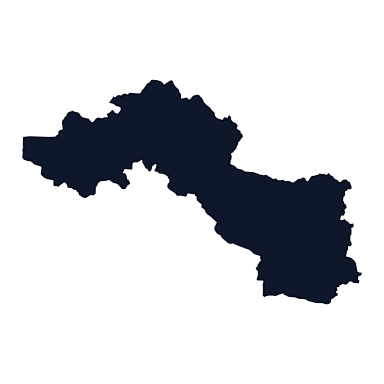 Tuyen Hoa, Quảng Bình, Vietnam
{"feature_id": "81297802B14659466260998", "entity_name": "Tuyen Hoa", "entity_type": "district", "adm_level": 2, "iso_a3": "VNM", "parent_name": "Vietnam", "parent_adm1": "Quảng Bình", "projection": "robinson", "projection_center": [106.021, 17.9], "detail": "fine", "context": "isolated", "style": "filled", "palette": "ink", "viewbox_px": 384, "rotation_deg": 0, "n_neighbors": 0, "source": "geoboundaries", "source_scale": "gbopen_adm2", "svg_char_len": 6001}
<svg xmlns="http://www.w3.org/2000/svg" viewBox="0 0 384 384"><path d="M361.0,273.5L358.7,273.1L356.7,272.1L355.2,263.6L354.4,262.0L353.1,260.5L351.0,258.8L349.3,258.0L345.4,257.2L345.5,254.1L346.1,253.2L345.8,251.3L347.0,250.1L347.3,248.2L347.3,246.1L348.8,245.0L350.2,245.4L351.0,244.5L350.3,241.9L349.5,241.0L349.5,236.0L350.9,233.3L350.5,232.7L350.9,230.2L350.1,228.3L351.4,227.0L352.7,226.6L352.7,224.4L350.9,224.7L349.1,224.4L347.7,222.5L345.5,221.4L344.7,220.0L341.7,221.2L340.6,220.5L339.0,220.1L340.4,215.6L342.0,214.5L343.4,214.8L343.4,213.8L344.4,212.6L344.3,211.9L343.5,210.5L343.7,209.6L345.9,207.2L345.0,204.8L343.7,204.8L343.8,203.6L343.2,202.8L343.0,201.6L342.0,200.5L342.5,199.2L342.7,196.6L344.2,195.3L344.3,193.2L344.0,192.0L344.5,190.9L346.2,190.1L346.9,188.8L350.7,188.3L350.8,186.9L349.2,182.7L348.0,182.4L346.3,180.5L344.0,180.3L341.4,182.2L340.3,183.5L339.3,182.7L338.4,182.7L337.3,180.8L334.5,179.6L333.1,178.3L332.6,177.1L330.4,176.1L328.6,174.1L326.7,175.9L325.7,175.7L324.4,174.8L321.8,174.9L320.0,174.2L318.2,175.7L317.1,175.6L313.8,176.7L312.5,176.6L311.5,177.2L309.4,180.7L307.7,182.2L307.2,182.2L305.6,181.3L304.6,178.9L303.2,178.2L302.6,178.3L301.2,179.6L298.6,179.7L294.1,183.1L292.0,183.4L288.8,181.7L285.3,182.0L282.6,180.6L280.2,181.1L276.8,180.8L276.2,179.4L272.5,179.7L270.1,177.9L267.8,176.9L266.3,175.6L263.4,176.1L262.0,175.5L260.0,175.6L258.7,174.8L252.9,172.8L245.0,172.4L241.2,170.1L238.7,169.8L236.0,168.7L235.6,167.8L233.6,166.1L231.3,165.4L230.5,164.8L229.0,164.6L229.7,163.0L229.7,161.6L230.8,158.1L230.9,155.9L230.0,154.5L230.2,153.6L231.8,151.8L232.8,151.7L233.6,149.6L234.4,149.6L235.6,148.1L236.2,146.0L237.3,144.0L237.4,142.0L238.7,141.1L238.7,140.4L239.6,140.1L240.3,138.2L241.4,137.6L242.1,136.5L242.1,136.0L241.1,134.2L239.9,133.8L239.7,131.4L239.1,130.9L238.2,130.9L235.7,128.5L236.8,125.7L236.6,125.2L235.2,123.7L232.5,122.5L231.5,121.5L230.4,119.9L230.3,117.7L229.3,116.3L229.0,116.4L228.4,118.4L227.9,118.7L224.5,118.1L223.3,120.4L222.4,120.7L217.4,119.1L215.9,118.2L214.1,115.8L213.9,113.1L211.9,111.4L208.9,107.6L206.8,106.2L203.6,103.0L203.0,102.2L202.2,99.9L200.6,97.7L199.6,97.1L198.6,95.6L196.8,95.5L193.4,96.5L190.9,99.5L189.1,100.6L188.6,100.5L186.9,98.6L186.3,98.4L182.6,99.3L180.8,99.1L180.1,98.1L180.3,94.5L179.0,92.9L178.1,90.0L175.4,87.5L173.1,84.4L172.2,81.7L171.6,81.1L170.3,81.4L165.9,84.3L164.4,85.9L160.9,82.2L157.4,81.0L152.4,80.5L151.2,81.1L150.2,83.0L148.3,83.7L147.0,85.0L144.4,88.9L142.5,90.6L141.7,92.8L139.8,94.3L129.9,93.6L129.2,94.2L128.3,95.6L125.7,94.6L123.7,94.4L121.0,96.7L120.1,96.1L118.2,95.8L114.9,98.4L114.3,98.5L113.7,97.5L110.3,102.3L113.1,103.0L114.7,103.8L116.3,105.2L118.9,105.8L120.8,106.8L121.6,108.6L121.6,109.4L120.8,111.3L118.3,114.5L116.8,114.3L114.2,113.3L113.3,111.6L112.3,110.9L110.9,112.5L107.7,114.6L109.1,117.2L108.8,117.9L104.3,118.1L102.2,119.3L100.5,118.6L97.8,118.4L96.5,119.1L94.3,122.0L92.1,123.2L91.3,122.9L88.2,119.4L82.3,118.1L79.9,116.2L79.5,114.7L78.5,114.1L78.2,113.3L74.2,112.5L72.9,111.6L72.3,111.6L71.2,112.4L70.2,112.2L68.4,113.2L67.4,114.6L67.1,116.2L65.3,117.5L64.9,119.0L63.1,120.7L62.7,122.5L62.9,124.7L63.5,126.3L63.1,127.4L63.9,128.6L62.7,130.1L61.6,130.7L60.3,130.7L59.7,131.7L59.0,132.0L59.3,133.8L59.1,134.2L58.1,135.4L56.5,136.2L55.9,137.4L49.0,137.7L29.7,137.0L23.8,137.6L23.5,145.6L24.0,147.5L23.0,150.1L23.6,151.5L23.1,157.5L24.3,159.0L27.7,160.3L30.6,160.5L33.4,162.4L34.5,163.7L41.7,165.9L42.3,167.2L41.5,173.4L42.2,175.0L45.5,177.6L47.3,178.3L53.7,179.6L54.3,180.6L54.1,183.9L54.4,185.2L55.4,185.5L57.3,185.3L58.4,185.9L59.4,184.6L61.4,183.5L63.8,181.5L65.7,182.0L66.3,182.4L67.9,185.0L68.1,186.9L72.0,187.4L74.3,189.1L76.6,189.0L77.3,190.8L79.0,192.3L79.8,194.6L80.8,195.0L82.2,196.3L84.9,197.3L86.1,197.0L90.2,194.3L91.6,194.2L93.0,194.7L94.9,193.3L95.1,186.9L96.4,185.5L97.5,182.5L100.4,180.5L106.5,180.0L108.4,179.1L109.4,179.2L113.4,182.1L116.2,182.7L118.7,184.1L122.3,188.2L124.0,188.5L124.9,188.3L127.0,184.9L129.3,183.4L129.3,182.9L127.9,180.4L125.9,179.8L126.3,179.1L125.8,175.7L124.8,174.2L122.6,173.6L121.8,172.7L121.8,172.2L123.1,170.7L123.8,168.2L131.5,168.8L131.8,163.4L132.5,162.2L134.3,161.5L137.0,161.6L137.9,161.3L142.7,158.1L143.1,161.7L143.7,163.5L145.1,164.7L145.1,165.8L146.1,167.6L148.2,168.7L149.0,170.6L149.4,170.7L149.9,170.6L150.9,169.1L151.6,165.7L155.0,163.3L156.7,163.1L157.2,164.8L156.9,167.3L155.2,170.6L157.9,171.3L159.6,172.8L163.1,173.1L164.1,173.7L165.9,173.8L166.6,175.0L168.8,175.4L168.3,176.8L170.1,179.6L170.2,181.6L169.5,183.5L168.5,184.0L168.0,186.8L169.5,188.6L175.5,192.6L177.4,195.0L180.8,194.9L185.7,195.9L186.1,195.4L186.8,192.8L188.3,192.6L192.5,193.4L195.5,193.5L195.8,195.3L196.9,195.6L197.2,196.2L197.5,199.8L200.5,202.7L202.2,203.3L202.4,204.4L202.2,206.4L202.4,207.4L204.1,208.2L205.5,209.5L206.5,212.6L207.4,212.6L208.1,214.2L209.9,215.0L217.4,221.8L217.6,222.6L215.0,228.0L215.5,230.2L217.7,233.1L221.4,234.9L221.9,236.6L222.8,237.7L228.7,242.6L230.9,243.2L232.1,242.6L233.4,242.9L234.3,242.6L235.1,243.7L247.1,248.3L248.8,248.6L250.2,249.9L251.2,250.2L254.1,253.2L261.1,255.5L260.9,258.2L261.5,260.0L262.3,261.1L261.9,261.6L260.2,262.1L259.6,263.4L258.4,264.8L258.5,266.6L256.6,268.1L256.6,268.6L257.3,269.7L258.6,270.8L258.5,273.5L258.9,274.3L257.4,279.3L257.8,279.7L263.3,279.8L264.0,280.3L264.2,281.9L263.5,284.2L263.7,291.4L263.4,295.1L264.5,296.2L265.3,295.6L269.0,294.8L273.5,294.9L274.6,295.3L276.8,294.8L278.9,293.8L281.9,293.0L283.3,292.0L284.5,294.1L287.0,295.1L288.6,296.1L294.8,296.6L299.9,298.3L302.0,298.1L305.8,298.6L308.4,300.3L316.4,302.3L322.1,302.3L325.9,303.5L328.2,303.4L330.1,302.0L330.4,299.7L331.0,298.5L333.6,297.2L334.3,296.1L336.9,295.0L336.8,293.8L335.7,293.4L335.1,292.6L335.5,290.7L336.6,290.2L335.8,286.6L338.6,286.3L338.8,285.7L338.5,284.4L341.0,284.1L342.2,283.0L345.0,283.8L346.2,283.8L349.6,280.4L351.8,280.8L353.8,282.2L358.2,282.5L358.5,280.9L357.3,280.1L357.4,276.7L358.2,275.4L360.3,274.9L361.0,273.5Z" fill="#0f172a" stroke="#020617" stroke-width="1.5"/></svg>